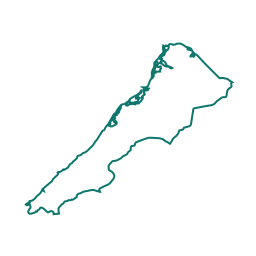 an SVG outline of Sinaloa, rotated 86°
{"feature_id": "MEX-2711", "entity_name": "Sinaloa", "entity_type": "State", "adm_level": 1, "iso_a3": "MEX", "parent_name": "Mexico", "parent_adm1": "", "projection": "robinson", "projection_center": [-107.612, 24.763], "detail": "fine", "context": "isolated", "style": "outline", "palette": "teal", "viewbox_px": 256, "rotation_deg": 86, "n_neighbors": 0, "source": "natural_earth", "source_scale": "10m", "svg_char_len": 5734}
<svg xmlns="http://www.w3.org/2000/svg" viewBox="0 0 256 256"><g transform="rotate(86 128 128)"><path d="M195.5,232.5L195.8,232.2L195.1,231.0L194.7,230.8L194.4,231.3L194.1,231.3L193.7,228.7L192.4,226.5L189.1,223.0L187.4,220.6L186.7,219.8L185.0,218.7L184.3,217.9L184.2,217.6L185.0,216.4L184.0,216.7L183.1,217.6L175.5,207.3L174.0,206.5L173.3,205.8L169.5,201.2L168.8,200.8L167.6,201.4L167.2,201.1L167.1,199.0L166.9,198.4L165.5,196.1L164.9,195.5L164.8,195.1L165.3,194.8L165.2,194.5L163.4,190.8L162.9,190.3L162.2,190.1L161.5,189.5L159.9,188.0L158.7,185.8L157.7,185.2L156.2,183.0L155.0,181.6L154.3,181.0L152.6,180.4L152.2,179.5L151.8,177.3L149.9,174.7L149.4,172.7L148.2,170.5L142.9,164.3L140.9,162.7L139.7,162.0L137.5,159.8L129.2,153.8L128.8,153.3L128.6,152.2L128.2,151.7L126.6,150.9L125.1,149.8L122.6,147.3L113.4,141.2L112.7,140.5L112.4,139.6L112.5,139.1L112.8,139.1L113.5,139.8L113.6,140.7L117.2,142.7L122.7,146.5L124.4,147.4L122.2,145.9L122.4,145.4L123.1,145.8L124.4,146.8L124.7,146.2L124.1,146.2L125.2,144.8L125.3,143.9L125.1,143.3L123.6,139.7L123.2,139.2L121.8,138.8L120.7,139.3L120.3,139.8L120.9,139.9L121.9,139.5L122.2,139.8L122.1,140.2L120.6,141.7L119.4,142.1L118.7,141.6L118.1,140.7L117.3,140.1L116.2,140.8L115.6,140.6L114.6,139.5L114.3,138.2L113.2,137.6L111.6,135.8L111.1,135.6L110.5,136.0L108.8,134.5L107.9,134.0L106.9,133.8L107.1,134.3L109.3,136.5L111.6,138.1L112.1,138.9L111.0,138.6L108.1,136.6L104.6,133.3L104.2,132.7L103.7,129.5L102.9,128.0L102.3,127.6L102.0,126.9L103.0,127.0L104.6,128.2L105.3,128.3L105.6,127.3L105.4,126.4L104.9,125.6L103.9,124.6L104.4,124.1L104.3,121.0L105.0,119.2L104.6,118.5L103.0,117.1L102.5,117.0L102.5,117.8L103.1,120.8L102.8,124.5L102.7,125.0L102.4,125.2L102.0,125.1L101.3,124.5L100.9,125.2L99.5,124.2L98.2,122.4L95.1,115.7L94.2,114.4L92.8,113.1L91.6,112.4L91.4,111.9L93.1,112.1L93.8,112.5L94.1,113.3L96.6,116.3L97.1,117.9L97.9,117.6L98.9,118.2L99.2,118.1L99.3,116.8L99.2,116.1L98.3,116.3L97.9,116.0L98.4,114.9L99.0,114.2L100.2,115.8L100.9,116.1L102.6,116.3L103.9,116.9L104.2,116.6L104.3,115.6L100.2,111.6L99.7,111.3L99.0,111.2L99.3,111.6L99.3,111.9L98.5,112.2L97.6,111.8L96.8,110.9L95.8,109.0L95.2,109.1L94.4,109.6L93.8,109.3L93.3,109.7L92.3,109.7L91.2,109.6L90.4,109.2L90.3,107.4L91.9,108.4L91.8,106.4L91.7,105.8L91.3,105.4L90.1,104.5L89.1,109.5L88.5,110.3L88.7,107.1L88.3,106.2L87.1,104.9L82.4,102.8L80.0,101.1L78.4,100.6L75.3,100.4L76.3,99.7L77.9,99.8L80.8,100.7L79.8,100.2L78.3,98.8L77.1,98.6L75.0,99.3L74.0,99.4L73.4,98.6L75.1,98.5L75.4,98.2L74.8,97.0L74.7,96.4L74.4,96.3L73.4,96.9L73.9,94.8L73.9,92.0L72.9,92.2L71.5,91.6L71.3,91.0L71.1,90.9L70.3,91.2L69.1,90.9L68.8,91.1L68.8,91.9L69.3,92.9L69.3,94.0L68.7,94.9L68.0,95.4L67.5,95.4L67.0,95.1L66.6,94.4L67.0,94.3L67.2,94.1L66.6,93.7L64.6,93.9L64.0,94.2L63.9,94.7L64.4,95.4L63.3,95.5L62.0,94.5L60.1,92.2L61.2,91.6L61.9,90.1L62.4,89.9L63.7,90.5L64.5,90.2L64.8,90.7L65.0,91.6L65.5,91.8L65.8,90.9L65.8,89.9L66.3,89.7L68.4,87.4L68.8,86.8L68.8,85.8L69.3,85.6L69.5,85.3L69.4,83.8L69.8,82.9L71.3,81.4L71.5,80.4L71.2,79.7L70.7,80.3L68.6,84.5L68.0,85.2L65.1,86.3L64.3,86.9L63.0,89.0L62.2,89.7L61.2,89.3L60.2,89.9L59.5,90.0L58.9,89.5L57.9,87.0L55.8,86.0L54.8,85.2L54.6,85.4L54.9,86.5L58.0,89.3L58.6,90.3L58.5,91.2L57.5,90.3L55.6,87.9L54.2,87.4L49.8,87.5L48.4,87.1L49.3,86.4L50.4,86.0L51.6,86.1L52.7,86.5L52.8,84.9L53.3,84.1L52.7,82.9L51.9,82.3L50.4,81.7L49.7,81.7L49.2,82.0L49.0,82.6L49.0,85.2L48.8,85.6L48.4,84.9L48.7,82.9L48.6,81.8L48.2,81.4L47.4,81.0L47.2,80.3L47.8,77.5L48.1,77.1L48.1,75.5L47.3,73.3L47.4,70.4L47.5,69.7L49.0,67.1L51.2,64.4L51.7,62.6L53.1,59.7L53.5,59.5L53.3,60.2L53.4,61.2L53.0,62.7L53.2,63.1L53.6,63.2L54.1,62.3L54.4,60.9L55.6,58.5L58.6,56.4L58.6,57.1L58.2,57.8L57.8,58.2L57.8,58.5L58.6,58.9L60.4,60.6L61.0,60.7L61.1,60.2L60.5,59.1L60.5,58.5L61.5,57.8L61.3,57.2L60.2,57.3L59.3,55.3L59.6,54.5L68.6,47.2L84.4,33.5L84.7,32.9L84.7,29.9L86.0,25.3L88.0,23.2L89.7,20.7L90.2,21.7L91.1,22.0L93.1,21.8L93.9,21.9L94.5,22.4L95.4,24.0L96.7,25.7L98.6,26.6L102.7,27.5L103.7,28.0L104.0,29.0L103.9,31.4L104.5,32.9L107.9,38.0L109.6,39.7L110.3,40.7L111.0,42.9L111.8,50.9L112.8,59.3L113.0,60.7L113.4,61.3L114.1,61.6L127.8,64.7L128.9,65.0L129.9,65.7L130.5,66.8L131.7,72.3L133.1,73.0L133.4,73.5L133.9,76.7L134.1,77.0L136.2,77.9L138.2,79.3L139.2,80.3L141.2,83.2L142.0,83.9L145.6,86.3L146.7,87.3L144.8,89.6L143.9,91.4L141.8,93.8L141.0,95.5L140.4,97.5L139.3,106.0L139.2,108.2L139.7,110.3L141.3,116.2L142.8,120.7L143.2,121.4L143.8,121.8L145.8,122.6L146.1,123.2L146.2,125.1L146.5,125.9L147.0,126.3L148.3,126.7L150.1,126.8L150.6,127.3L151.9,129.4L154.0,130.8L154.8,132.3L155.4,134.0L156.3,135.6L157.7,137.1L159.4,141.0L159.8,142.6L159.9,145.0L160.0,145.7L160.4,146.3L163.2,149.2L164.6,150.1L165.2,150.1L168.1,150.0L168.7,149.7L170.5,147.2L171.9,146.0L173.3,145.3L174.8,145.0L176.8,145.5L178.1,146.4L182.1,150.2L182.8,151.3L185.2,157.7L186.3,160.0L187.0,160.8L187.8,161.0L189.7,160.4L189.3,161.9L187.6,166.1L187.3,167.9L187.5,169.8L188.4,176.7L188.6,177.4L189.7,179.7L190.1,181.8L190.6,182.8L191.8,183.8L193.7,184.2L193.9,185.2L195.3,187.2L195.7,188.2L195.4,189.4L196.0,190.1L196.1,190.5L195.8,192.2L196.6,193.8L196.8,195.9L197.2,196.6L199.0,198.0L199.4,199.2L202.3,202.2L203.7,203.0L205.3,203.1L208.6,202.8L208.8,208.2L207.0,208.2L206.3,208.6L205.5,210.4L205.5,210.9L206.5,213.3L206.6,213.7L205.7,214.9L203.6,216.8L202.1,218.4L201.5,219.4L201.3,220.4L201.6,221.1L203.0,222.2L203.7,223.7L204.9,224.4L204.7,225.6L205.5,226.0L205.9,227.1L206.7,230.6L206.7,232.2L205.8,233.1L204.4,233.4L203.1,232.9L200.8,230.9L199.9,230.7L197.3,231.3L198.0,233.8L197.9,234.6L197.3,235.3L196.6,234.5L195.5,232.5ZM68.6,96.3L71.9,97.5L72.6,98.8L73.2,99.2L72.5,99.7L69.7,98.1L68.0,97.4L64.9,97.2L64.3,97.0L64.1,96.3L68.6,96.3Z" fill="none" stroke="#0f766e" stroke-width="2"/></g></svg>